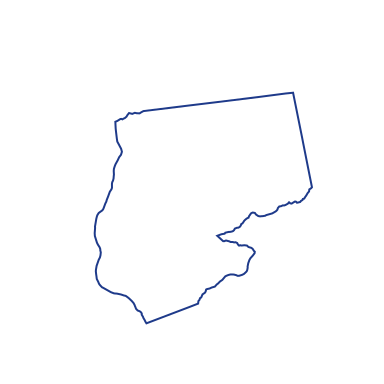 outline of Piçarra, Pará, Brazil, rotated 120°
{"feature_id": "56859067B84152157059317", "entity_name": "Piçarra", "entity_type": "district", "adm_level": 2, "iso_a3": "BRA", "parent_name": "Brazil", "parent_adm1": "Pará", "projection": "orthographic", "projection_center": [-48.935, -6.553], "detail": "fine", "context": "isolated", "style": "outline", "palette": "blue", "viewbox_px": 384, "rotation_deg": 120, "n_neighbors": 0, "source": "geoboundaries", "source_scale": "gbopen_adm2", "svg_char_len": 3079}
<svg xmlns="http://www.w3.org/2000/svg" viewBox="0 0 384 384"><g transform="rotate(120 192 192)"><path d="M55.5,154.1L59.9,160.2L75.8,181.0L102.5,216.4L119.3,238.8L146.2,274.5L148.3,275.8L150.1,276.7L151.4,279.2L152.0,281.1L154.2,282.8L155.1,286.0L157.7,286.4L159.5,286.4L161.5,287.1L162.9,288.1L163.9,288.6L164.0,289.7L164.6,290.5L167.8,292.2L169.5,293.5L175.1,289.9L176.9,288.6L183.2,283.9L185.7,281.9L187.6,278.8L188.5,277.4L190.0,275.0L192.2,272.8L195.3,272.1L198.3,272.5L201.5,272.2L206.3,272.1L208.3,271.8L211.0,271.2L212.9,270.3L216.0,268.3L217.2,267.8L219.5,266.7L221.6,266.1L223.3,266.0L224.8,265.5L228.4,263.4L230.0,263.1L232.8,263.3L237.9,262.4L241.4,261.9L243.2,261.4L245.3,261.3L249.9,260.5L251.6,260.3L253.3,260.7L254.3,261.2L256.8,262.3L259.2,262.4L260.5,262.2L263.0,261.5L270.5,258.7L271.5,258.0L276.3,255.7L278.7,254.1L283.4,249.0L284.6,247.2L286.1,244.3L287.3,242.9L288.3,242.3L289.9,240.8L292.6,239.6L294.8,239.0L297.3,238.9L303.6,237.7L307.4,236.3L308.8,235.6L311.0,234.0L312.9,232.5L314.9,231.0L316.8,228.1L317.7,227.0L318.3,226.0L318.8,224.6L319.5,222.3L319.4,221.2L319.3,212.1L318.8,208.9L318.1,207.3L317.6,206.4L316.3,202.4L316.0,201.0L315.7,199.4L315.1,197.5L315.3,195.3L315.6,193.4L316.5,189.7L317.4,187.1L318.5,185.3L319.2,184.5L320.0,183.4L321.1,182.1L321.8,179.8L321.5,178.1L321.5,176.8L321.8,175.8L322.3,174.8L323.4,174.2L324.0,173.1L324.6,172.0L325.4,171.1L326.5,169.1L327.6,167.5L328.5,165.8L292.7,136.6L285.6,130.9L283.3,131.9L281.5,131.6L280.0,132.0L278.7,131.3L275.4,131.7L272.9,130.5L271.5,130.4L269.4,131.0L268.5,130.4L266.8,128.5L264.9,127.2L262.5,124.9L259.6,124.3L258.3,123.7L255.5,123.0L253.0,121.8L248.4,121.0L247.2,120.2L245.7,119.0L244.2,117.5L242.6,114.6L241.9,112.1L241.8,110.7L241.0,109.3L238.6,107.1L236.9,106.0L233.9,105.1L232.9,105.0L231.8,105.2L229.8,105.9L228.7,106.6L225.5,107.7L222.1,108.3L220.1,108.3L216.9,107.6L213.7,107.2L212.3,107.8L212.1,108.8L210.9,111.1L210.7,112.7L211.4,115.6L210.9,117.6L211.9,120.0L213.2,121.8L213.8,122.7L214.0,123.7L214.9,124.4L214.5,126.0L213.6,127.3L213.7,129.1L214.6,130.3L214.9,131.6L216.0,133.6L216.1,135.1L217.0,138.3L218.5,139.5L219.0,140.5L217.3,148.2L215.8,147.0L214.8,146.2L213.7,145.2L211.8,142.9L210.6,142.8L209.1,141.2L208.1,140.1L207.6,139.2L206.3,137.7L205.3,136.9L204.0,136.5L202.3,136.6L200.5,135.2L199.7,134.0L198.3,133.2L196.7,133.0L195.1,133.3L194.0,132.6L191.8,132.4L190.8,132.4L189.4,132.0L188.0,131.5L186.8,130.9L186.0,130.2L184.6,130.5L181.9,130.3L180.7,130.1L179.4,129.1L178.7,127.1L179.5,125.3L179.7,122.6L179.1,120.9L178.2,119.7L177.5,118.6L175.9,116.7L174.8,116.1L173.9,115.2L170.4,111.8L169.2,111.1L167.1,109.9L166.1,109.5L164.6,109.2L163.0,109.6L160.9,109.2L159.8,107.8L158.2,106.7L157.6,105.5L156.6,104.6L154.3,103.2L152.4,102.8L152.7,101.2L152.2,99.9L150.2,98.9L148.7,98.0L148.4,97.0L148.8,95.7L147.6,94.4L146.5,93.3L145.3,93.2L143.7,92.3L142.6,92.5L141.6,91.5L139.7,91.5L138.0,91.3L136.4,91.3L135.0,91.3L134.1,91.1L133.0,90.9L131.1,91.7L129.1,90.7L127.9,90.5L118.0,99.2L93.8,120.4L90.0,123.7L55.5,154.1Z" fill="none" stroke="#1e3a8a" stroke-width="2"/></g></svg>